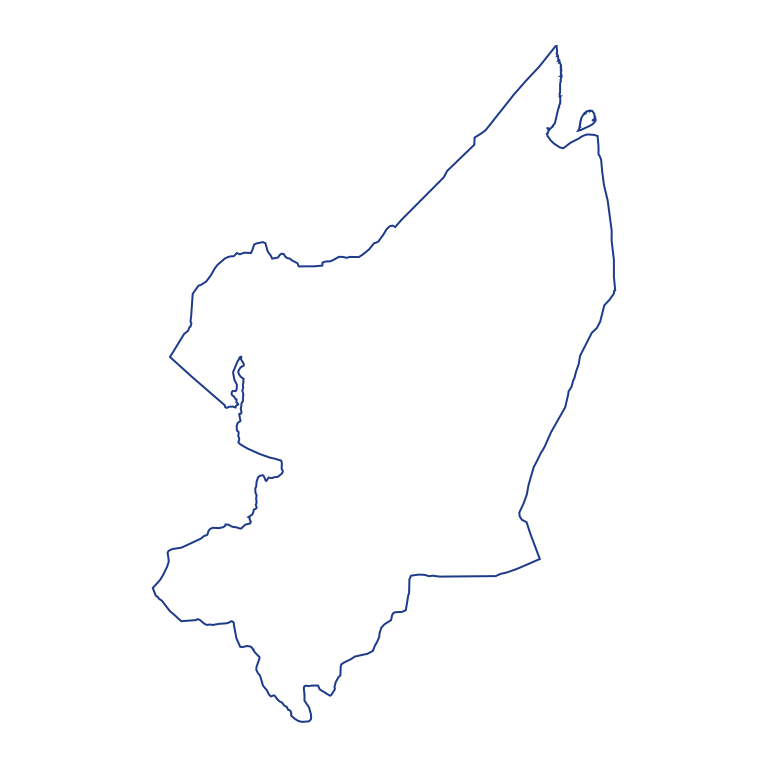 Labuhan Batu Utara, Sumatera Utara, Indonesia
{"feature_id": "22746128B7095356521044", "entity_name": "Labuhan Batu Utara", "entity_type": "district", "adm_level": 2, "iso_a3": "IDN", "parent_name": "Indonesia", "parent_adm1": "Sumatera Utara", "projection": "natural_earth1", "projection_center": [99.755, 2.426], "detail": "fine", "context": "isolated", "style": "outline", "palette": "blue", "viewbox_px": 768, "rotation_deg": 0, "n_neighbors": 0, "source": "geoboundaries", "source_scale": "gbopen_adm2", "svg_char_len": 6076}
<svg xmlns="http://www.w3.org/2000/svg" viewBox="0 0 768 768"><path d="M198.5,285.6L192.7,293.8L191.2,315.7L190.5,321.6L191.4,323.2L190.5,326.6L189.4,327.4L188.3,330.3L187.8,331.0L184.0,334.1L170.0,357.0L191.9,376.8L224.9,405.4L225.1,406.9L225.7,407.6L227.0,407.8L229.1,406.8L231.6,406.6L232.9,406.6L235.5,407.5L236.2,405.5L238.2,404.6L237.9,403.7L236.4,402.1L236.6,399.5L235.2,398.7L234.2,396.7L232.3,395.4L231.7,394.3L231.6,393.0L232.0,391.8L232.8,391.0L235.7,391.1L236.7,389.1L236.9,384.7L234.4,379.8L233.1,372.9L233.3,371.5L237.8,360.8L238.9,359.5L239.5,357.7L240.2,357.0L241.2,356.8L241.1,359.5L243.6,363.5L243.9,364.9L243.3,366.0L241.4,366.8L240.2,367.9L238.8,370.2L238.2,372.0L239.0,374.3L240.6,376.7L243.6,378.8L243.3,379.9L243.5,382.3L242.8,384.4L243.2,387.7L242.3,390.5L243.3,393.9L242.8,401.4L241.6,403.0L241.2,406.8L240.7,408.4L241.4,411.6L241.3,413.1L240.9,413.7L239.5,413.8L239.2,414.3L240.5,421.0L237.7,422.9L236.7,426.2L236.9,430.5L238.3,431.6L238.7,432.9L238.2,436.0L239.1,438.0L239.2,439.4L238.4,442.4L240.4,444.4L247.4,448.5L259.9,454.1L270.5,457.8L274.6,458.6L281.1,460.6L281.9,462.9L281.6,468.6L282.7,470.7L282.8,471.5L282.4,472.7L281.3,474.1L277.8,476.8L273.8,477.3L272.1,478.1L268.6,477.6L266.4,480.9L265.7,480.7L263.9,476.3L262.7,475.2L259.9,475.8L258.1,477.3L256.6,481.6L256.2,486.5L255.3,488.3L255.4,492.4L256.6,495.5L256.1,498.4L256.6,502.7L255.8,504.8L256.7,507.6L255.8,508.8L253.8,509.6L253.3,512.3L252.2,514.6L248.4,517.1L249.6,517.7L249.7,519.5L250.8,522.0L250.0,523.5L245.2,524.7L241.4,528.3L240.1,528.6L236.0,527.2L233.2,527.0L230.9,526.1L228.9,524.8L225.6,524.4L224.9,526.1L222.8,527.3L218.9,528.1L212.7,527.8L210.4,528.8L208.7,530.5L207.3,534.8L203.6,536.3L201.1,538.5L181.3,547.7L172.5,549.0L168.6,550.8L167.6,552.8L168.5,558.4L168.7,561.8L167.2,566.6L163.2,574.8L159.9,580.2L152.8,588.0L155.8,595.7L158.0,597.1L158.9,598.7L161.8,600.6L170.0,611.3L173.5,614.1L181.2,621.2L196.0,620.1L197.4,619.2L198.1,619.2L200.4,620.3L203.6,623.2L205.9,624.6L207.2,624.9L209.9,624.5L212.7,625.0L218.7,623.9L226.5,623.3L228.2,622.9L231.5,621.2L233.0,621.8L233.9,623.3L233.9,624.9L236.4,638.2L240.2,646.8L242.0,647.1L247.3,646.0L250.7,646.6L252.0,647.8L253.1,649.7L253.6,649.6L253.9,651.0L255.6,653.2L259.4,656.9L259.5,658.5L256.5,666.8L256.3,669.9L257.7,672.7L260.1,675.8L263.0,685.7L266.9,690.3L269.0,694.6L270.9,696.4L273.8,695.4L274.7,695.7L276.9,698.8L279.4,701.3L282.1,702.7L284.4,705.7L286.8,706.9L288.2,709.9L289.7,710.2L290.7,711.4L291.2,713.0L291.2,715.7L295.2,719.1L298.4,721.0L302.2,721.9L308.6,721.4L309.6,720.9L310.9,719.2L311.2,716.9L310.8,713.8L309.0,707.3L304.5,700.7L304.5,695.1L303.8,688.0L304.3,686.3L306.0,685.7L308.9,686.1L311.6,685.6L317.7,685.5L318.3,686.0L319.3,688.7L320.4,689.9L329.8,695.6L330.5,695.6L331.3,694.9L334.6,689.7L334.9,688.7L334.5,686.9L335.7,682.2L338.5,677.1L340.4,675.4L340.7,666.5L341.4,664.3L344.3,662.4L350.9,659.2L354.7,656.6L367.7,653.7L372.9,650.9L374.9,645.7L377.1,641.9L379.1,637.3L379.6,633.2L381.3,627.7L384.6,624.2L391.0,620.2L392.2,614.9L393.3,613.1L395.4,612.2L402.0,611.9L405.8,610.2L408.2,595.7L409.1,592.9L409.4,579.4L411.0,575.7L418.5,574.6L424.3,574.8L429.1,576.2L432.3,575.7L439.9,576.6L495.7,576.1L500.8,573.8L506.4,572.6L517.2,568.8L539.8,559.0L530.0,532.8L526.6,522.2L521.9,519.8L519.7,516.4L519.3,512.6L523.7,503.2L526.8,494.5L528.5,485.2L533.7,467.1L536.9,461.2L540.8,453.0L542.6,450.4L544.7,446.6L551.2,431.9L565.2,407.3L568.2,394.4L568.6,391.3L571.4,387.1L573.2,380.5L574.7,377.2L576.0,371.8L578.6,364.5L580.1,355.8L591.8,332.8L596.8,328.1L600.2,321.6L604.3,305.3L609.5,299.8L613.9,293.5L614.1,290.9L615.2,290.4L613.9,276.5L613.9,259.8L611.6,240.4L611.7,230.8L607.7,200.6L604.0,185.2L602.2,171.7L601.1,159.6L599.8,156.3L598.5,154.3L598.5,146.6L597.6,136.0L594.1,134.9L588.7,134.5L586.8,134.5L583.7,135.6L580.6,137.1L579.8,138.0L570.6,142.7L563.2,148.3L559.7,147.3L554.0,143.6L550.8,140.5L547.6,136.1L546.9,133.6L547.7,133.3L548.3,131.3L549.5,129.7L548.1,129.2L547.5,128.3L548.2,128.1L549.2,128.9L550.3,128.6L552.9,126.4L552.7,125.9L554.9,123.3L557.7,111.1L558.6,107.7L559.2,107.1L558.9,106.2L560.3,103.1L560.0,102.6L560.3,101.7L560.2,97.4L559.7,96.8L560.2,96.4L559.8,96.4L559.6,93.4L560.0,92.9L560.1,91.3L560.1,84.0L560.3,82.5L560.9,81.5L560.5,79.9L561.4,77.0L560.7,76.6L561.2,76.5L560.9,76.0L561.3,75.8L561.1,75.2L561.5,75.1L560.8,73.0L561.3,71.3L561.0,70.8L561.2,70.3L560.9,70.3L561.1,69.4L560.7,69.0L561.1,67.5L560.6,67.0L561.0,66.5L561.0,65.2L559.9,62.9L559.1,62.8L559.6,61.7L559.4,60.5L558.3,60.7L558.9,59.8L558.7,59.4L558.3,59.5L558.0,56.4L557.8,55.7L557.4,55.8L557.6,55.5L557.1,55.1L557.2,53.8L556.7,53.4L557.1,51.5L556.7,47.2L555.9,46.3L556.1,46.1L555.6,46.1L539.1,66.8L526.1,80.6L514.0,94.4L485.8,130.0L481.0,133.6L474.6,137.6L474.3,144.7L447.1,171.0L443.8,177.3L401.5,219.8L395.2,227.0L392.5,225.6L389.6,226.3L386.4,229.5L383.2,234.9L378.1,241.8L373.9,243.4L369.0,249.5L362.8,254.5L358.8,257.1L349.9,256.9L346.9,257.8L342.6,256.9L338.8,256.9L332.5,260.4L329.8,261.4L326.3,261.4L322.6,262.5L322.3,265.6L314.2,266.3L298.8,266.4L297.4,263.2L292.0,260.4L289.6,258.5L287.2,258.1L285.2,256.5L283.8,254.1L281.4,253.7L279.7,255.0L277.9,257.6L272.2,258.6L270.8,255.7L267.6,251.2L265.4,243.2L262.8,242.1L256.3,243.5L254.1,244.6L252.6,249.4L251.0,253.0L244.3,252.7L239.9,254.3L236.7,253.1L234.2,255.9L233.0,256.3L230.8,256.3L227.3,257.3L224.9,258.5L217.8,264.6L215.0,268.0L210.9,275.3L206.2,281.5L201.0,284.9L198.5,285.6ZM590.0,110.6L587.0,111.2L586.0,112.0L586.5,112.0L586.1,112.6L585.9,112.1L585.1,112.7L585.4,112.9L585.6,112.5L585.6,112.8L584.5,114.1L583.8,114.5L584.5,113.4L582.9,115.2L581.0,118.8L580.9,120.6L580.4,121.1L580.2,122.5L580.5,122.9L580.0,124.0L580.0,125.4L579.5,126.3L579.9,127.0L579.6,127.0L579.2,129.0L578.1,130.7L580.4,130.2L589.7,125.9L592.7,124.1L595.1,121.5L596.0,119.1L595.1,120.3L595.2,119.0L592.2,120.9L592.9,120.0L594.9,118.6L594.6,117.3L595.0,116.5L594.5,116.0L594.3,113.8L592.2,110.9L591.6,110.9L591.4,111.6L591.4,110.8L590.7,110.6L591.0,110.9L590.7,110.9L590.8,111.7L590.4,111.1L590.0,111.3L590.0,110.6Z" fill="none" stroke="#1e3a8a" stroke-width="2"/></svg>